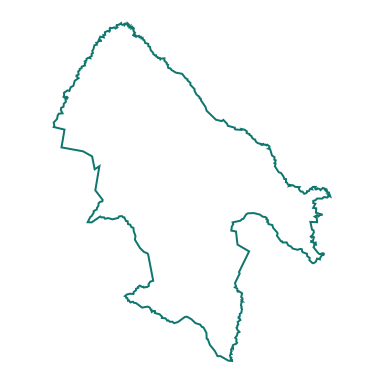 Curuzú Cuatiá, Corrientes, Argentina (Albers equal-area conic projection)
{"feature_id": "61730980B48951068830804", "entity_name": "Curuzú Cuatiá", "entity_type": "district", "adm_level": 2, "iso_a3": "ARG", "parent_name": "Argentina", "parent_adm1": "Corrientes", "projection": "albers", "projection_center": [-58.213, -29.735], "detail": "fine", "context": "isolated", "style": "outline", "palette": "teal", "viewbox_px": 384, "rotation_deg": 0, "n_neighbors": 0, "source": "geoboundaries", "source_scale": "gbopen_adm2", "svg_char_len": 5908}
<svg xmlns="http://www.w3.org/2000/svg" viewBox="0 0 384 384"><path d="M329.3,194.1L328.9,192.5L327.1,192.1L325.4,190.3L326.8,190.2L326.5,189.3L322.9,187.9L320.5,190.1L319.6,189.0L317.5,188.4L316.7,189.4L315.5,189.3L315.5,188.2L314.9,187.8L315.5,186.9L312.9,186.9L311.5,188.2L312.1,189.3L310.0,188.9L308.9,191.1L307.0,191.2L307.0,192.3L305.9,193.3L304.2,193.8L302.5,191.6L301.0,191.6L299.5,190.2L298.8,188.1L299.5,187.1L295.3,186.9L292.9,185.2L289.2,186.0L290.0,184.9L288.1,184.7L286.8,182.5L285.9,182.2L286.0,179.1L284.3,179.0L283.4,176.3L281.0,173.0L278.7,172.2L274.9,166.3L275.5,164.1L274.7,163.4L275.4,163.2L275.1,162.3L275.7,160.3L274.3,159.7L274.5,157.1L272.0,155.5L270.1,149.1L268.3,148.6L269.3,148.0L269.5,146.5L267.3,144.7L266.3,145.3L265.3,144.6L264.0,144.8L263.4,144.0L262.0,145.0L261.1,144.5L261.5,144.0L257.8,143.2L255.7,141.4L255.2,139.6L253.8,139.3L251.9,137.5L251.5,136.1L249.5,134.9L249.5,134.1L246.7,133.1L246.8,131.3L244.5,129.7L241.8,129.1L242.2,129.7L241.6,129.9L235.7,129.5L234.9,129.1L234.8,127.7L227.8,125.8L227.1,123.8L223.3,119.9L221.7,121.1L215.9,119.7L206.6,110.7L205.4,106.8L201.1,100.5L200.8,98.7L199.6,98.4L199.5,97.0L196.4,94.4L194.5,90.6L194.6,89.1L190.3,84.8L190.4,82.9L187.5,80.4L187.5,79.2L185.5,78.2L182.1,73.8L175.8,72.6L171.4,69.9L170.6,68.5L168.3,68.0L167.7,65.8L168.1,64.8L166.6,63.8L166.7,62.8L164.4,60.7L164.4,58.3L160.7,58.7L160.3,59.2L159.8,57.9L158.0,58.0L157.6,57.0L156.3,56.6L156.0,55.3L155.2,55.5L153.3,54.1L153.2,52.9L150.7,50.2L149.9,46.7L148.4,46.3L148.2,43.8L145.2,43.0L144.3,40.2L143.2,39.8L142.6,37.8L141.4,38.4L140.8,36.8L139.5,37.3L139.0,35.9L136.7,36.4L135.7,35.5L135.6,36.6L133.2,35.2L133.5,34.7L135.2,35.5L134.3,33.1L134.9,32.7L133.5,30.9L133.8,28.3L133.0,27.7L132.6,28.4L132.2,27.7L131.6,28.1L131.9,26.9L129.8,27.5L130.1,26.4L129.4,27.0L128.2,26.4L127.9,25.6L128.7,25.5L128.1,24.8L128.7,24.4L127.2,23.0L126.7,24.2L125.5,24.0L124.7,24.9L124.6,23.8L122.8,24.9L121.2,24.3L121.1,23.2L118.7,24.8L116.8,25.0L116.4,26.1L117.4,27.3L115.5,28.5L114.2,27.4L111.9,28.2L110.1,27.8L109.6,28.6L110.0,30.6L109.3,31.6L107.7,30.9L104.9,32.2L105.2,34.8L103.3,35.1L103.8,37.4L100.3,36.7L99.0,39.5L100.9,40.4L100.9,41.0L98.3,41.2L97.3,42.9L96.3,42.9L96.8,44.7L94.4,45.3L93.3,49.5L92.3,50.8L92.9,52.9L91.6,53.8L91.8,55.9L89.9,57.1L90.3,58.2L88.2,57.8L86.5,58.8L86.4,60.6L84.7,61.4L85.6,62.7L84.6,63.9L85.0,65.5L81.7,66.6L81.5,68.3L79.8,68.8L79.6,70.4L78.2,71.5L78.6,74.6L76.6,75.4L76.4,76.3L78.6,78.1L74.7,80.8L73.4,85.8L70.7,87.2L69.4,90.9L67.5,90.4L64.0,92.8L64.2,95.2L63.5,96.9L64.3,97.4L66.8,96.8L67.6,97.6L67.0,98.7L65.4,98.9L65.9,101.7L63.8,103.8L63.5,106.8L61.2,107.8L60.8,109.9L62.5,113.3L58.8,113.7L57.7,115.4L57.1,118.9L53.7,122.5L54.3,125.8L53.7,127.0L64.5,129.6L61.5,147.4L83.0,151.3L92.1,156.4L94.7,169.3L99.4,166.2L95.3,190.3L102.6,199.8L102.4,201.3L100.1,201.9L98.6,203.3L98.3,206.1L97.1,207.6L96.8,209.4L93.7,211.1L93.7,212.5L91.8,215.9L90.3,217.0L87.7,222.2L91.6,222.4L100.2,216.5L101.5,217.4L103.9,217.3L105.0,218.7L108.3,218.1L112.3,219.3L118.1,218.0L119.1,216.4L122.0,216.1L123.1,217.4L124.3,217.3L126.0,221.0L127.6,221.2L128.0,224.0L130.2,224.7L131.4,227.2L133.4,227.8L133.8,231.5L135.5,236.0L134.9,239.7L140.0,248.0L143.9,251.9L147.3,253.3L148.1,254.3L153.2,280.7L150.2,281.7L148.5,284.3L148.9,285.9L147.4,286.9L143.8,287.5L143.5,286.8L142.2,287.0L139.7,285.6L138.1,286.9L138.3,287.8L136.1,288.7L135.9,290.4L133.8,291.9L133.4,294.0L130.2,293.7L126.9,294.5L125.0,296.1L125.9,296.5L126.2,297.8L127.3,298.1L128.1,300.8L128.9,300.4L130.4,302.4L133.0,301.7L134.0,302.8L136.2,303.2L142.1,307.6L147.8,306.6L149.8,307.6L151.0,310.1L151.5,309.9L151.8,311.9L153.4,311.0L155.0,311.1L154.8,313.0L159.7,314.3L162.2,316.9L161.9,318.0L165.5,318.3L167.3,320.7L168.3,320.4L169.9,321.8L172.4,321.7L174.1,323.2L178.0,322.0L184.8,317.0L187.0,316.7L191.4,319.2L195.4,323.1L200.2,324.6L202.0,327.0L203.4,327.3L206.4,332.8L206.7,338.8L207.8,339.2L209.9,344.9L214.9,351.1L217.5,356.1L220.5,356.1L228.2,360.6L232.1,361.0L232.0,359.7L230.8,358.9L231.3,357.7L230.6,357.6L230.0,355.6L230.6,354.0L231.5,354.0L230.8,352.3L231.7,351.1L231.0,349.8L232.1,347.8L233.0,348.6L233.0,347.6L232.2,347.5L233.1,345.0L236.3,343.7L237.1,342.7L236.3,341.6L236.5,339.2L235.2,337.8L236.9,335.7L237.6,332.9L239.4,331.9L237.6,330.1L236.5,327.8L237.3,327.0L237.3,325.5L238.3,324.6L237.7,322.0L240.4,320.0L239.6,318.4L238.7,318.3L238.5,317.2L239.7,316.3L239.8,313.9L241.3,312.8L242.0,309.0L241.3,308.0L241.7,306.6L240.9,305.5L241.6,301.8L242.4,301.7L241.6,301.2L242.1,300.7L241.5,299.9L242.5,299.4L242.5,298.3L241.2,297.1L242.1,293.3L238.7,291.1L238.0,291.7L237.3,291.0L237.2,288.5L234.9,287.3L236.0,286.2L235.0,283.1L239.7,273.5L239.0,272.1L249.1,251.4L237.5,244.6L236.0,231.5L231.3,230.6L231.8,226.6L233.2,224.2L232.6,222.4L240.4,220.7L242.1,219.1L243.3,218.9L246.2,214.3L247.9,213.3L254.0,213.1L259.9,214.6L262.7,216.7L265.4,217.0L266.8,218.3L266.4,219.2L268.0,220.3L267.3,221.5L267.9,221.5L268.4,224.0L272.4,225.1L273.1,227.8L277.2,232.5L277.6,233.7L276.9,235.6L280.9,241.2L282.0,241.3L282.5,242.5L286.7,242.4L288.2,245.3L291.1,246.6L292.7,248.6L297.7,249.8L300.1,248.9L301.8,249.2L302.1,251.4L303.1,252.4L307.0,253.8L307.2,256.2L309.7,257.9L309.4,260.2L312.5,263.1L313.7,263.2L315.7,261.8L317.1,258.6L319.7,259.3L319.2,257.8L319.9,258.5L321.7,255.3L323.5,255.0L323.9,253.8L323.0,253.2L319.6,254.1L318.4,253.3L313.5,247.2L314.2,246.2L314.2,243.6L315.1,244.8L316.0,244.7L315.6,242.5L314.6,242.9L311.0,241.8L311.1,241.1L312.9,240.8L313.9,237.2L312.7,236.7L311.5,237.4L310.8,236.5L312.5,235.1L313.9,232.2L313.4,230.2L312.0,229.6L310.4,221.9L317.1,222.2L316.7,217.8L314.7,216.6L317.0,215.2L318.4,216.4L319.9,215.1L322.6,214.7L315.9,212.7L316.2,208.3L313.2,207.9L315.4,203.7L313.2,203.0L313.3,200.8L315.4,200.3L317.1,198.5L322.1,198.6L324.0,197.0L327.1,197.6L328.1,196.8L328.0,196.1L329.0,195.8L330.3,196.5L329.9,195.1L328.3,194.2L329.3,194.1Z" fill="none" stroke="#0f766e" stroke-width="2"/></svg>